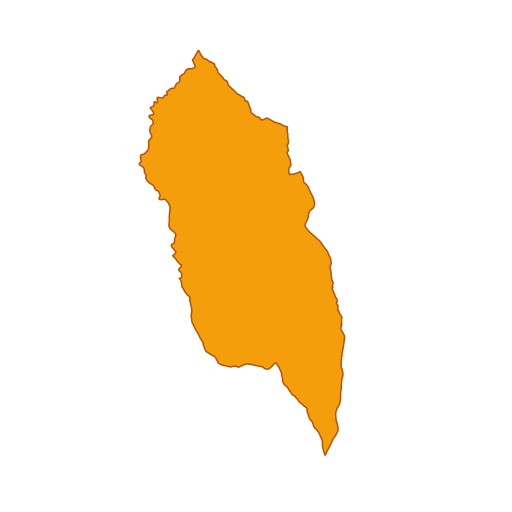 the district of Durania, Norte de Santander, Colombia, rotated 331°
{"feature_id": "7082276B9527918417262", "entity_name": "Durania", "entity_type": "district", "adm_level": 2, "iso_a3": "COL", "parent_name": "Colombia", "parent_adm1": "Norte de Santander", "projection": "equal_earth", "projection_center": [-72.667, 7.738], "detail": "fine", "context": "isolated", "style": "filled", "palette": "amber", "viewbox_px": 512, "rotation_deg": 331, "n_neighbors": 0, "source": "geoboundaries", "source_scale": "gbopen_adm2", "svg_char_len": 6047}
<svg xmlns="http://www.w3.org/2000/svg" viewBox="0 0 512 512"><g transform="rotate(331 256 256)"><path d="M220.0,463.7L221.5,462.8L223.7,461.0L227.5,458.7L230.0,456.7L231.7,455.7L234.0,453.9L235.7,452.9L238.1,451.9L242.7,448.8L243.8,447.4L244.8,445.1L245.6,442.7L246.5,438.2L249.0,432.9L250.3,431.1L252.4,429.1L253.6,428.2L256.1,426.9L258.0,425.3L260.1,422.6L261.5,420.7L263.3,417.3L266.9,412.4L269.1,408.7L270.6,406.7L271.8,404.7L273.2,403.7L274.5,402.0L275.4,400.2L276.5,396.4L276.6,395.1L277.1,393.6L279.2,389.9L280.7,387.6L283.3,384.4L283.9,382.9L284.3,382.4L284.9,382.2L285.4,381.1L286.2,380.4L289.0,377.0L294.1,370.1L294.7,368.0L294.8,365.3L294.7,361.1L296.7,358.3L297.4,356.9L297.4,357.9L297.7,357.6L300.0,352.9L301.4,351.4L301.3,345.7L301.7,343.4L301.2,343.2L303.3,339.5L303.8,338.9L303.6,338.5L303.4,337.1L303.4,336.7L303.8,335.9L304.1,335.5L304.9,335.4L305.6,334.5L305.8,333.8L305.7,330.2L306.5,324.7L306.6,322.2L306.9,321.3L307.9,319.4L307.8,320.3L308.1,320.4L308.2,319.8L308.8,318.7L309.6,318.0L310.7,316.5L310.8,314.2L310.6,314.1L310.7,313.7L311.6,311.8L312.0,310.0L313.8,306.7L315.2,301.9L315.9,300.6L316.9,300.2L318.4,298.9L318.8,297.2L319.9,294.9L320.1,293.5L320.2,290.8L320.7,286.5L320.6,285.3L320.0,282.3L319.1,273.9L314.2,259.9L313.6,257.3L313.4,254.0L313.7,253.1L315.0,251.6L318.5,249.2L320.3,247.6L322.1,245.2L324.1,243.0L325.8,242.4L329.5,241.7L330.6,241.0L332.0,239.4L332.7,238.5L333.7,235.4L334.3,232.1L334.6,225.3L335.2,220.4L334.5,217.2L333.6,215.2L334.2,212.6L335.0,211.3L335.3,210.6L335.4,209.8L335.6,207.0L335.6,203.6L331.8,203.4L331.1,203.1L328.7,202.7L326.2,201.3L325.1,201.3L325.0,199.8L326.3,196.7L327.0,195.6L327.8,194.9L329.8,194.1L331.1,192.6L331.5,190.9L332.5,188.7L332.8,186.8L332.9,182.7L333.1,180.6L335.5,179.5L335.7,178.1L336.3,176.9L336.9,174.2L337.5,173.5L338.6,173.6L339.1,172.4L339.8,171.9L341.3,167.8L341.9,166.8L342.2,165.7L342.6,165.4L343.0,164.7L343.2,163.3L343.7,162.0L346.0,158.3L342.9,155.0L341.3,152.2L340.6,151.4L337.0,147.9L334.1,142.9L332.9,141.3L331.9,140.4L331.5,140.3L330.2,140.5L329.0,140.4L327.9,140.2L326.7,139.6L326.5,139.0L326.3,137.1L326.1,136.6L325.6,135.7L324.2,134.6L323.4,133.6L322.3,130.4L321.2,128.2L321.2,127.5L322.1,126.3L322.6,124.3L322.8,121.7L323.3,119.0L323.5,117.1L323.4,116.5L323.0,115.8L322.0,115.4L321.8,115.0L321.8,114.4L322.4,112.3L322.2,111.4L322.0,110.8L320.8,109.2L319.7,107.1L318.3,105.3L317.2,101.3L314.7,93.8L314.8,92.0L315.4,89.9L315.3,89.0L315.1,88.2L313.6,86.3L313.5,84.9L313.6,83.8L312.8,82.0L312.8,80.7L312.2,79.6L311.7,77.1L311.8,76.3L312.6,74.8L312.6,74.0L312.3,73.1L312.4,72.0L311.9,70.4L312.0,69.6L312.7,68.7L312.8,67.9L311.9,66.6L310.8,64.3L310.5,64.0L309.9,64.2L309.6,63.8L308.7,60.9L308.2,59.9L306.8,58.8L306.2,58.0L305.6,55.1L305.4,52.2L305.5,48.8L305.2,48.3L304.9,48.4L297.5,52.9L296.1,53.3L295.5,53.8L295.0,58.6L294.8,60.0L294.3,61.2L293.7,61.6L292.4,61.4L290.3,60.9L287.3,59.4L286.5,59.3L284.8,59.6L283.7,60.2L282.2,61.5L277.8,61.8L276.4,62.2L275.9,62.8L274.1,65.9L273.5,66.4L272.6,66.6L270.2,66.7L269.3,67.0L266.1,69.6L265.4,69.4L263.8,68.5L262.9,68.3L261.2,68.4L259.2,69.0L257.9,69.0L257.5,69.1L257.1,69.7L256.9,71.3L256.6,72.0L256.0,72.1L255.1,71.5L253.8,71.3L252.4,72.1L251.0,72.4L249.9,72.0L247.7,69.9L247.3,69.7L246.1,69.8L244.8,73.0L244.2,74.0L243.5,74.0L242.4,72.1L241.9,71.9L241.6,72.0L240.6,73.4L240.0,74.5L239.4,75.1L235.6,75.0L235.4,75.1L235.2,75.6L235.3,76.4L235.7,77.9L235.9,79.9L235.5,81.9L235.2,82.4L234.9,82.6L234.1,82.5L231.6,81.5L230.5,81.6L230.1,82.0L229.9,82.8L230.2,84.3L231.3,86.5L231.2,88.1L230.7,89.7L230.1,90.2L229.1,90.8L227.6,91.2L226.4,91.7L224.5,93.8L223.4,96.3L223.2,97.1L223.2,99.6L222.9,100.7L222.5,101.3L220.8,102.2L218.9,102.7L218.2,103.1L217.6,103.8L215.2,108.2L214.0,109.9L213.3,110.7L212.7,111.1L208.1,112.4L206.7,112.4L205.1,111.9L203.9,112.1L203.1,113.0L202.8,113.7L201.8,117.1L201.0,117.9L199.4,118.1L198.6,118.7L198.4,119.3L198.6,120.3L200.3,123.5L200.5,124.1L200.5,124.7L200.4,125.6L199.9,127.0L198.9,128.7L198.9,130.0L199.2,131.4L199.1,131.8L197.3,134.5L197.2,135.8L197.3,137.1L197.7,139.3L198.2,140.4L200.1,143.8L200.5,144.8L200.5,146.0L200.2,148.6L200.5,149.8L201.2,151.1L201.8,151.5L202.2,152.3L202.1,153.1L201.8,154.5L201.7,155.8L201.6,156.3L200.7,157.3L199.0,158.6L198.9,159.2L199.2,160.0L201.4,161.3L203.4,161.7L204.1,162.6L204.6,164.5L204.9,166.1L204.9,169.8L204.6,171.3L204.2,172.3L200.8,177.1L198.5,180.7L197.9,182.1L196.4,184.6L195.0,186.4L194.3,188.0L194.1,189.6L194.3,191.2L195.0,193.3L195.8,194.9L196.3,196.7L196.3,197.9L196.1,198.6L195.6,199.4L195.2,199.9L194.3,200.5L193.0,201.7L191.1,204.9L187.8,204.9L187.3,205.4L186.9,206.2L186.8,207.9L186.9,208.5L187.4,209.5L187.6,210.3L187.7,213.9L185.9,214.9L185.4,215.1L184.1,215.0L183.6,215.3L183.4,215.5L183.5,216.9L184.1,218.0L184.4,218.9L184.5,221.4L185.3,225.8L185.6,226.4L186.4,227.6L185.9,228.5L185.2,229.2L182.9,229.7L181.7,230.4L181.8,232.0L182.3,233.9L182.4,234.9L182.3,235.4L181.2,237.9L180.1,238.8L178.1,238.4L178.5,240.6L177.4,245.0L176.3,246.8L176.3,247.1L176.6,249.0L176.5,251.9L176.8,255.6L178.0,259.2L178.0,260.4L176.7,262.4L174.3,270.4L173.5,272.6L170.6,276.3L168.1,282.2L167.8,284.6L167.5,291.3L167.8,295.3L167.4,300.0L167.6,306.3L166.7,308.6L166.0,314.6L166.1,315.5L169.4,321.5L171.0,323.6L171.3,325.0L171.2,331.5L171.5,332.1L172.8,334.3L177.2,338.2L179.9,340.7L183.3,341.6L184.2,342.3L185.0,342.6L185.5,343.0L186.1,344.1L186.5,344.6L187.0,344.8L192.9,345.3L195.9,346.0L198.7,348.1L206.8,355.2L207.9,355.9L209.2,359.1L211.7,360.8L213.4,361.0L217.1,360.0L220.3,358.9L221.5,359.1L221.9,361.1L222.1,364.8L221.7,369.8L219.5,376.8L218.8,377.8L218.4,379.0L218.4,381.8L218.8,383.4L219.4,384.4L219.8,386.1L220.0,390.1L220.4,392.4L220.3,394.4L220.5,394.9L221.9,397.3L222.2,398.5L222.4,399.9L222.9,402.1L223.1,404.3L223.3,405.3L224.6,408.2L225.1,410.0L226.9,414.2L225.4,416.4L224.0,424.2L224.1,425.8L224.8,428.3L224.4,430.9L224.0,432.4L223.9,434.3L225.2,439.5L225.1,443.3L224.6,448.8L224.4,449.8L223.9,451.1L222.4,453.5L222.0,454.6L220.5,459.7L220.0,462.1L220.0,463.7Z" fill="#f59e0b" stroke="#b45309" stroke-width="1.5"/></g></svg>